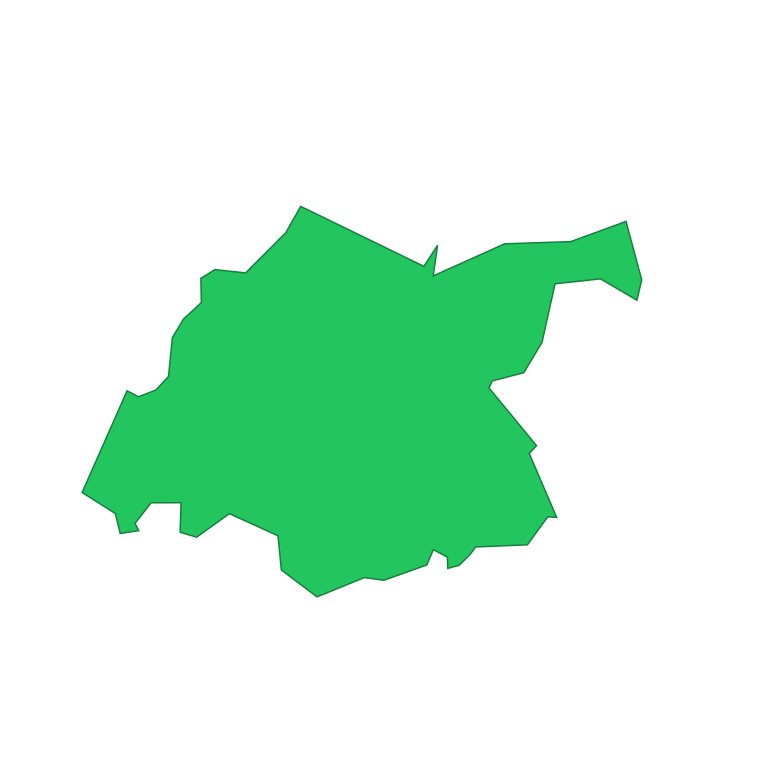 Baliet, Upper Nile, South Sudan, rotated 211°
{"feature_id": "79223893B13684678916358", "entity_name": "Baliet", "entity_type": "district", "adm_level": 2, "iso_a3": "SSD", "parent_name": "South Sudan", "parent_adm1": "Upper Nile", "projection": "robinson", "projection_center": [32.373, 9.407], "detail": "fine", "context": "isolated", "style": "filled", "palette": "green", "viewbox_px": 768, "rotation_deg": 211, "n_neighbors": 0, "source": "geoboundaries", "source_scale": "gbopen_adm2", "svg_char_len": 831}
<svg xmlns="http://www.w3.org/2000/svg" viewBox="0 0 768 768"><g transform="rotate(211 384 384)"><path d="M409.5,530.5L410.4,505.4L529.1,494.9L546.9,493.3L546.1,463.1L559.8,407.9L587.8,395.0L595.4,380.3L582.5,359.7L589.3,336.4L589.3,314.8L572.6,279.5L576.4,261.4L587.8,246.7L600.7,245.8L586.9,135.5L547.6,134.6L533.1,120.0L518.7,132.0L525.6,136.3L522.5,162.2L496.8,177.7L482.4,151.9L465.7,156.2L449.8,193.2L396.7,199.3L376.2,171.7L331.8,167.0L301.2,207.9L283.0,215.7L254.1,251.0L256.4,267.4L240.5,268.3L234.4,258.8L226.1,267.4L222.3,282.9L221.5,291.5L178.3,320.0L175.2,354.5L167.3,358.6L223.8,399.3L221.5,409.7L292.0,434.7L292.8,442.4L270.0,465.7L270.0,501.1L289.0,558.0L252.6,585.6L210.4,586.1L216.7,606.0L260.3,648.0L297.3,602.2L352.8,566.3L397.5,502.0L409.5,530.5Z" fill="#22c55e" stroke="#15803d" stroke-width="1.5"/></g></svg>